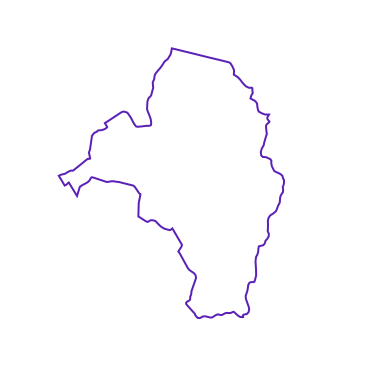 South Sudan, Albers equal-area conic projection, rotated 239°
{"feature_id": "SSD", "entity_name": "South Sudan", "entity_type": "country or territory", "adm_level": 0, "iso_a3": "SSD", "parent_name": "Africa", "parent_adm1": "", "projection": "albers", "projection_center": [30.346, 7.857], "detail": "fine", "context": "isolated", "style": "outline", "palette": "violet", "viewbox_px": 384, "rotation_deg": 239, "n_neighbors": 0, "source": "natural_earth", "source_scale": "50m", "svg_char_len": 3922}
<svg xmlns="http://www.w3.org/2000/svg" viewBox="0 0 384 384"><g transform="rotate(239 192 192)"><path d="M294.6,279.9L289.0,285.6L284.8,289.8L284.1,290.4L282.9,291.2L278.9,291.3L274.8,290.8L271.0,288.3L267.1,290.3L264.7,290.9L263.2,291.2L259.8,291.5L255.0,292.6L252.8,293.9L251.6,295.0L250.7,296.9L250.2,297.1L249.3,296.9L248.0,296.1L245.5,295.0L244.2,292.6L242.9,291.1L242.0,290.3L237.9,292.8L235.9,293.3L234.3,293.3L231.3,291.9L228.0,290.7L226.3,290.8L223.8,292.2L220.9,294.4L219.5,296.6L218.7,297.9L218.2,296.9L217.7,295.9L216.8,294.7L215.4,294.2L214.1,294.4L212.6,294.7L212.0,294.0L211.8,292.3L211.4,290.7L210.7,289.6L208.6,288.4L203.2,286.0L199.0,281.3L196.9,279.1L195.3,277.7L193.1,273.9L190.6,271.4L187.6,270.2L185.6,270.7L183.6,273.5L179.7,276.1L177.9,276.1L175.7,274.7L172.8,273.7L167.7,273.3L165.6,274.5L162.8,276.5L160.4,277.6L159.0,277.8L157.6,277.3L156.1,277.0L154.7,277.0L152.0,275.2L150.6,273.8L149.7,272.5L148.1,271.7L146.3,270.9L145.0,269.8L144.4,268.4L143.4,266.5L142.1,264.9L137.9,261.9L136.7,260.2L135.8,258.5L134.1,256.6L132.3,254.1L131.7,250.4L131.7,247.5L131.3,246.1L130.6,244.7L129.7,243.5L128.2,242.2L124.8,240.3L121.3,238.1L119.7,236.8L116.5,236.3L114.6,235.0L113.0,232.3L112.4,230.0L110.8,228.3L110.1,227.1L109.7,225.6L111.0,221.3L109.2,219.7L106.4,217.7L104.5,215.5L103.3,213.4L99.8,210.7L92.1,206.7L87.6,204.1L85.2,201.8L83.1,199.5L82.9,198.6L84.3,196.4L84.6,194.6L83.5,192.5L78.9,188.7L75.2,184.4L72.5,183.1L65.8,181.8L63.8,181.3L61.8,180.5L59.9,178.6L59.2,176.3L60.3,172.8L59.6,171.7L58.5,171.4L58.8,170.6L60.1,168.9L62.2,167.8L67.8,166.1L68.1,165.5L68.3,163.2L68.7,162.1L70.7,159.1L71.0,157.9L71.1,155.2L71.3,154.0L71.9,153.1L73.4,151.6L74.0,150.7L74.2,148.7L74.1,144.7L74.9,143.1L78.5,139.5L79.4,137.9L79.8,136.5L79.7,135.0L80.0,133.6L81.0,132.2L81.9,131.8L84.5,131.4L86.2,131.7L98.5,129.3L99.9,129.7L100.5,131.1L100.4,133.5L100.6,134.6L101.3,135.4L103.2,136.6L104.5,138.4L105.3,139.1L107.2,140.4L116.2,151.2L118.8,152.2L121.3,151.9L126.2,149.7L128.7,149.2L146.0,149.9L148.0,149.6L150.7,155.0L151.9,156.2L170.9,156.4L170.6,154.9L170.8,153.2L173.1,151.0L174.2,149.9L174.7,149.5L177.6,147.9L180.5,146.9L186.0,145.7L188.0,143.8L189.1,142.0L189.2,138.5L189.9,137.9L191.2,137.1L197.6,134.0L198.6,133.4L209.9,140.6L216.2,146.3L216.6,146.6L216.9,146.7L217.2,146.5L217.5,146.3L218.0,146.1L218.3,146.0L221.0,145.9L226.1,145.6L227.8,144.9L238.0,134.7L240.6,131.4L241.3,130.8L242.7,128.4L244.3,124.4L244.6,124.0L255.8,114.3L256.2,113.6L256.3,113.0L254.6,109.8L254.2,108.1L254.1,105.6L254.4,101.7L254.3,99.2L254.2,98.9L254.1,98.6L254.1,98.4L247.8,91.4L263.6,91.3L263.6,90.7L263.6,90.4L263.5,90.1L263.2,89.2L263.0,88.1L263.0,87.8L263.0,87.5L263.1,86.9L263.1,86.6L263.1,86.3L263.1,86.2L274.5,86.2L274.4,88.2L273.0,92.8L273.1,95.7L272.8,98.9L272.7,99.1L272.4,99.8L272.1,100.2L271.8,100.6L271.7,100.7L271.6,101.0L271.6,101.3L274.1,119.3L274.0,119.7L273.9,120.0L273.3,121.1L273.1,121.5L273.1,121.8L273.3,122.0L278.6,123.9L278.8,124.0L279.1,124.2L281.0,126.5L291.3,134.9L291.7,135.3L292.8,138.0L292.9,138.4L293.0,139.1L292.9,139.6L292.7,141.2L292.8,141.9L293.0,142.4L293.1,142.9L293.1,143.1L293.0,143.5L291.5,146.6L291.0,148.8L290.9,150.7L291.0,151.7L291.2,152.4L291.3,152.6L291.4,152.8L291.5,152.8L295.9,152.8L295.9,153.7L296.1,158.7L296.3,163.0L296.6,170.0L296.7,171.8L296.5,174.1L296.0,175.0L294.7,176.3L293.2,177.5L289.1,177.8L285.8,177.8L283.4,177.6L280.1,177.5L277.1,177.8L276.0,178.8L274.3,182.3L272.0,187.4L270.7,189.6L270.4,190.8L270.8,191.6L272.4,192.7L275.9,194.2L279.9,195.0L282.8,195.4L284.9,195.8L286.4,196.3L292.1,200.1L294.0,202.0L295.0,203.6L295.2,205.3L296.1,207.0L299.4,210.4L301.3,212.4L306.2,214.8L308.2,217.7L310.0,219.1L311.7,220.6L312.7,222.8L314.9,229.3L316.4,232.7L317.9,235.4L318.5,239.9L319.7,242.0L320.9,244.4L323.0,246.6L325.1,248.3L325.5,248.7L321.1,253.2L316.2,258.1L310.5,263.9L304.3,270.1L299.4,275.0L294.6,279.9Z" fill="none" stroke="#5b21b6" stroke-width="2"/></g></svg>